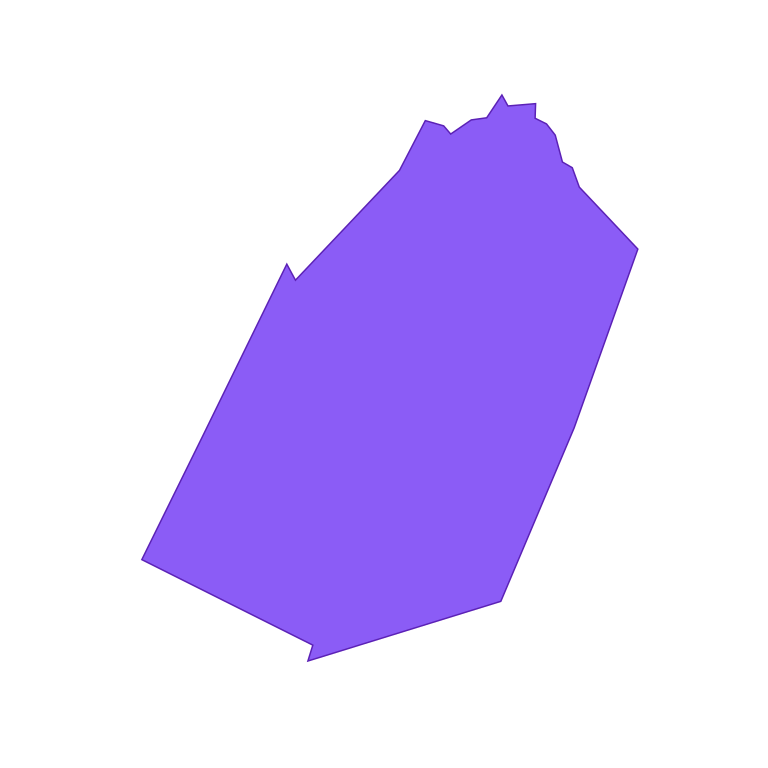 the district of Fayette, Texas, United States of America, rotated 344°
{"feature_id": "52423323B10356189909314", "entity_name": "Fayette", "entity_type": "district", "adm_level": 2, "iso_a3": "USA", "parent_name": "United States of America", "parent_adm1": "Texas", "projection": "natural_earth1", "projection_center": [-96.849, 29.896], "detail": "fine", "context": "isolated", "style": "filled", "palette": "violet", "viewbox_px": 768, "rotation_deg": 344, "n_neighbors": 0, "source": "geoboundaries", "source_scale": "gbopen_adm2", "svg_char_len": 483}
<svg xmlns="http://www.w3.org/2000/svg" viewBox="0 0 768 768"><g transform="rotate(344 384 384)"><path d="M104.4,484.3L102.8,486.1L243.6,615.4L234.5,629.3L436.4,625.1L554.6,478.7L665.2,324.3L626.0,248.6L624.6,228.0L616.7,219.8L617.2,192.0L611.9,178.8L602.5,170.2L607.0,156.3L579.8,150.9L577.0,138.7L556.1,156.4L540.7,154.2L517.0,162.1L512.5,152.3L496.3,142.2L457.8,182.9L327.5,259.8L323.6,242.0L195.9,383.5L104.4,484.3Z" fill="#8b5cf6" stroke="#5b21b6" stroke-width="1.5"/></g></svg>